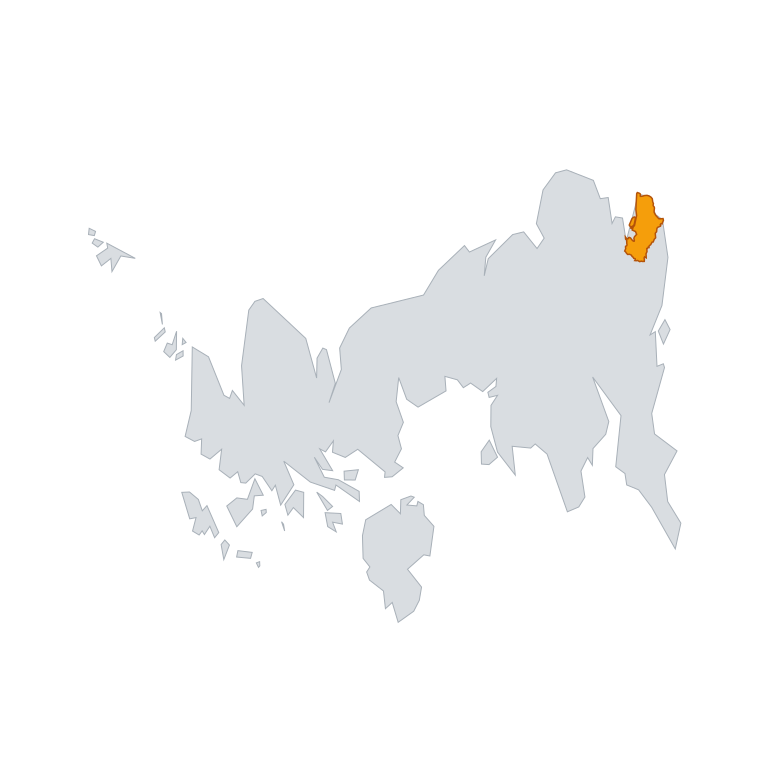 Kent on a map of United Kingdom (Equal Earth projection), rotated 277°
{"feature_id": "GBR-3409", "entity_name": "Kent", "entity_type": "Administrative County", "adm_level": 1, "iso_a3": "GBR", "parent_name": "United Kingdom", "parent_adm1": "", "projection": "equal_earth", "projection_center": [0.675, 51.199], "detail": "fine", "context": "in_parent", "style": "filled", "palette": "amber", "viewbox_px": 768, "rotation_deg": 277, "n_neighbors": 0, "source": "natural_earth", "source_scale": "10m", "svg_char_len": 5628}
<svg xmlns="http://www.w3.org/2000/svg" viewBox="0 0 768 768"><g transform="rotate(277 384 384)"><path d="M416.4,590.2L374.1,611.7L361.1,610.2L345.4,599.3L328.7,600.7L335.8,595.1L321.6,590.1L296.3,597.2L285.7,592.3L279.5,581.6L334.3,554.4L342.9,541.4L338.3,537.4L337.8,518.8L309.6,525.4L330.2,505.0L354.7,495.2L375.8,492.8L386.6,498.1L383.5,490.0L388.4,488.1L395.2,495.4L403.3,495.1L388.5,482.9L395.5,469.8L390.0,463.2L397.1,456.3L399.0,443.5L384.7,446.4L365.2,420.6L371.6,408.4L392.2,397.8L367.9,398.2L348.3,407.9L334.5,404.1L321.8,409.2L307.8,404.1L303.1,413.3L292.9,403.4L291.4,395.9L296.9,395.8L316.0,365.9L306.4,354.5L310.0,341.2L321.4,340.7L309.5,334.2L311.8,328.1L291.7,343.6L291.8,333.4L302.8,323.8L284.2,336.1L283.4,350.4L274.4,372.4L264.4,374.0L277.9,348.6L272.4,347.9L277.7,322.8L295.2,293.9L273.0,306.8L251.2,296.2L270.3,288.5L264.4,285.7L277.4,274.4L279.1,267.1L268.8,258.9L268.7,253.9L279.1,249.5L271.9,242.7L278.8,230.8L299.5,230.8L288.3,220.4L292.1,211.0L307.3,209.7L303.9,203.0L307.7,193.0L334.2,195.9L397.4,189.2L389.6,206.5L353.3,226.5L350.9,232.5L359.1,234.3L345.8,247.8L384.7,240.4L440.9,240.8L450.3,245.8L454.1,253.6L419.7,300.8L381.7,316.4L401.5,314.4L412.2,318.9L411.1,322.7L378.7,335.6L358.8,331.7L393.2,339.9L414.3,335.6L435.3,342.8L457.9,362.0L477.1,412.4L503.5,424.2L531.2,447.0L525.4,452.7L540.6,477.2L522.2,469.6L503.6,470.3L521.1,472.2L548.0,493.5L552.0,504.1L537.1,519.4L548.3,525.2L561.7,515.7L596.0,518.2L614.5,528.5L618.8,539.1L611.6,567.0L594.3,576.1L596.4,583.8L571.1,590.8L578.1,593.3L577.8,600.5L555.1,607.0L603.3,613.3L602.5,624.5L585.3,632.8L581.2,640.3L544.3,650.4L495.8,650.3L465.1,642.1L469.0,646.9L434.8,652.8L438.1,658.8L434.5,660.4L387.4,653.3L367.4,658.6L353.3,683.0L328.3,673.4L301.9,679.9L282.1,695.6L255.8,693.2L294.3,664.7L310.0,649.6L313.4,637.2L324.5,634.1L330.1,624.1L381.5,623.1L416.4,590.2ZM248.8,450.9L218.9,450.5L219.3,444.3L203.0,429.9L187.0,446.0L173.6,445.4L162.1,441.2L149.2,427.1L168.2,418.8L161.2,412.8L178.5,408.7L187.6,393.5L195.3,389.7L200.7,392.3L208.4,384.5L230.8,381.1L247.0,382.4L265.3,405.8L257.2,416.1L271.2,414.8L276.1,424.4L275.3,427.8L266.7,421.5L267.0,431.4L271.6,432.0L269.0,437.8L258.5,440.0L248.8,450.9ZM253.1,204.1L246.8,213.8L236.0,219.1L241.7,223.1L216.4,238.1L210.8,234.6L221.6,228.5L212.7,224.1L216.1,221.4L211.6,218.9L214.7,211.9L228.5,213.7L226.5,207.6L251.8,196.5L253.1,204.1ZM253.0,251.8L252.9,262.5L274.2,267.4L258.9,277.7L257.2,268.9L243.9,268.8L224.4,255.3L243.7,242.8L253.0,251.8ZM476.2,83.0L485.2,93.2L490.0,91.7L478.4,121.8L479.0,107.2L462.4,100.3L475.4,97.6L466.8,89.1L476.2,83.0ZM266.7,317.5L241.6,320.4L250.3,309.1L242.1,304.6L252.4,300.3L267.9,309.1L266.7,317.5ZM328.6,488.7L341.1,495.3L325.2,505.6L316.8,498.0L316.4,490.5L328.6,488.7ZM249.1,341.2L250.2,356.9L239.9,359.8L240.6,349.8L231.4,354.6L235.6,345.5L249.1,341.2ZM398.2,163.9L397.2,169.0L411.1,171.7L392.7,173.7L384.3,168.2L389.3,161.4L398.2,163.9ZM295.8,369.0L285.2,367.1L283.9,356.4L292.6,355.0L295.8,369.0ZM482.1,655.0L472.9,661.3L457.7,656.5L470.0,649.8L482.1,655.0ZM256.2,347.9L251.6,343.3L268.5,330.4L264.8,336.9L256.2,347.9ZM204.8,241.9L209.8,245.0L205.3,250.2L190.2,246.4L204.8,241.9ZM200.8,273.7L194.7,272.8L194.3,258.8L200.8,259.3L200.8,273.7ZM490.5,88.1L485.0,83.3L488.3,77.2L492.9,79.0L490.5,88.1ZM413.0,159.1L409.0,160.5L398.6,151.7L402.1,150.4L413.0,159.1ZM392.5,180.5L387.3,181.2L382.3,174.2L387.9,174.4L392.5,180.5ZM502.6,72.4L500.3,79.1L496.0,78.4L496.3,72.5L502.6,72.4ZM426.7,154.6L416.1,156.8L427.7,153.1L426.7,154.6ZM245.2,282.2L242.1,282.8L238.2,279.2L243.5,277.4L245.2,282.2ZM404.8,178.7L401.1,182.5L398.5,178.9L404.8,178.7ZM232.5,301.4L226.0,303.3L234.8,299.1L232.5,301.4ZM192.5,282.2L188.4,282.9L186.7,281.8L190.9,279.1L192.5,282.2Z" fill="#d9dde1" stroke="#a8b0b8" stroke-width="1"/><path d="M553.2,607.8L556.3,607.4L556.7,607.2L556.9,606.8L557.1,606.3L557.3,606.1L559.4,605.7L559.3,605.8L559.1,605.8L558.7,606.2L557.9,607.2L557.8,608.1L558.1,608.8L559.1,608.9L559.4,609.4L559.0,610.9L558.2,611.6L556.6,613.3L556.1,614.5L556.2,614.9L556.9,615.0L557.4,614.9L558.2,614.5L559.1,614.3L560.5,614.6L561.9,615.5L563.3,616.5L564.8,615.7L566.0,615.0L566.7,612.7L566.9,612.1L567.1,611.6L569.1,612.0L568.8,611.3L568.5,610.5L568.8,609.9L569.8,609.9L569.9,610.7L570.4,611.8L571.1,612.8L571.7,613.3L582.0,614.2L588.0,612.7L603.8,611.6L604.9,612.1L604.5,614.1L604.3,614.5L604.1,614.9L603.8,615.2L603.5,615.4L601.8,615.4L601.5,615.6L601.7,616.9L602.0,618.0L602.8,619.6L603.3,622.1L602.9,624.4L601.9,626.4L600.6,627.7L597.3,628.6L596.0,629.4L595.4,629.4L594.4,629.3L593.8,629.5L593.3,629.9L592.9,630.3L592.5,630.7L591.6,631.0L588.4,631.0L587.4,631.2L586.4,631.8L584.5,633.2L582.0,636.1L581.5,636.8L581.7,638.4L582.2,640.8L580.5,641.4L576.8,640.4L577.0,640.0L576.7,639.2L575.8,638.8L575.2,639.3L574.4,639.2L572.8,636.5L571.6,635.9L568.3,636.0L567.3,635.2L566.5,634.9L562.2,635.8L560.6,634.6L557.8,633.9L557.5,632.8L554.7,631.7L553.9,630.7L553.0,630.2L551.8,630.4L551.9,629.5L550.7,629.1L550.7,628.5L550.5,628.3L547.4,628.9L545.2,628.2L541.2,628.9L541.9,627.1L540.8,626.8L539.1,627.3L537.4,627.4L537.1,625.4L537.3,624.5L536.6,622.8L537.5,620.8L537.1,619.3L537.1,617.9L537.8,618.3L539.0,618.0L539.1,616.6L540.3,615.7L540.8,614.7L542.0,613.9L542.7,611.8L542.5,611.2L542.3,610.0L543.3,608.8L544.7,607.6L545.3,606.7L547.8,607.4L549.4,607.0L550.1,607.0L550.5,607.6L550.9,608.1L551.8,608.2L552.4,608.1L553.2,607.8ZM578.8,610.3L579.8,611.2L580.3,612.1L580.0,612.9L578.8,613.3L573.1,612.9L572.2,612.6L571.3,611.9L570.6,611.1L570.2,610.3L570.8,608.6L571.1,608.3L571.8,608.1L577.8,609.8L578.3,610.0L578.8,610.3Z" fill="#f59e0b" stroke="#b45309" stroke-width="1.5"/></g></svg>